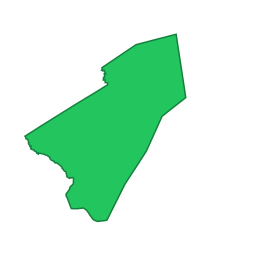 São Gonçalo do Gurguéia, Piauí, Brazil (orthographic projection), rotated 326°
{"feature_id": "56859067B20253198394282", "entity_name": "São Gonçalo do Gurguéia", "entity_type": "district", "adm_level": 2, "iso_a3": "BRA", "parent_name": "Brazil", "parent_adm1": "Piauí", "projection": "orthographic", "projection_center": [-45.45, -10.118], "detail": "fine", "context": "isolated", "style": "filled", "palette": "green", "viewbox_px": 256, "rotation_deg": 326, "n_neighbors": 0, "source": "geoboundaries", "source_scale": "gbopen_adm2", "svg_char_len": 1473}
<svg xmlns="http://www.w3.org/2000/svg" viewBox="0 0 256 256"><g transform="rotate(326 128 128)"><path d="M35.9,163.0L37.6,164.4L39.2,165.4L40.9,166.6L44.9,168.6L46.4,169.6L47.5,172.5L47.7,173.5L47.8,176.9L47.7,178.4L47.9,184.0L48.3,185.2L49.7,187.4L50.7,188.6L54.9,190.6L56.6,191.7L57.8,192.1L59.0,192.6L94.5,172.6L111.4,165.5L117.5,162.9L130.3,157.4L162.7,137.4L170.5,136.7L192.9,135.1L213.9,90.7L220.3,77.2L202.6,70.9L189.7,66.4L181.2,63.4L140.1,63.4L139.9,64.7L138.4,65.2L139.1,66.7L140.4,66.8L139.9,69.4L139.7,70.7L138.7,69.7L137.9,71.4L136.9,72.9L136.1,72.4L134.3,74.4L135.8,75.1L135.2,76.2L134.5,77.6L135.3,78.2L136.3,79.2L135.8,80.0L135.1,80.8L116.0,80.0L97.9,79.1L57.7,77.7L38.0,77.2L38.0,78.6L37.4,79.9L38.0,80.7L38.5,82.0L37.9,83.1L37.9,84.4L37.0,84.8L36.6,86.1L37.0,87.4L36.4,88.5L37.6,89.0L36.6,90.0L35.7,90.9L36.7,92.6L37.8,93.3L37.6,94.9L38.6,96.3L38.3,97.8L39.0,99.4L39.6,98.4L40.7,99.8L41.6,100.4L42.9,101.9L43.7,102.7L44.4,104.1L45.5,105.2L46.2,107.3L46.8,108.4L46.2,109.8L46.4,111.7L47.3,113.0L48.0,114.2L47.9,115.9L48.7,116.7L49.7,117.5L50.0,118.7L50.7,120.4L50.9,121.5L51.1,122.8L51.4,123.8L50.7,124.7L51.4,125.9L51.0,127.0L51.3,128.5L52.1,129.4L51.5,130.9L50.1,134.4L50.9,136.0L51.4,137.1L52.4,136.9L53.2,137.8L54.3,137.9L54.7,139.3L53.4,141.0L52.5,142.2L51.8,143.3L50.7,143.9L48.5,144.2L46.8,144.6L45.8,145.6L44.5,146.4L42.1,147.3L40.1,147.9L39.4,148.7L38.7,149.6L38.6,151.7L35.9,163.0Z" fill="#22c55e" stroke="#15803d" stroke-width="1.5"/></g></svg>